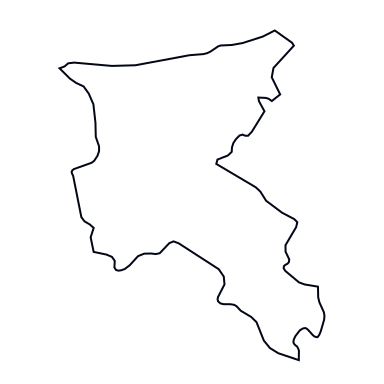 SVG path tracing the border of Ravenna, rotated 272°
{"feature_id": "ITA-5364", "entity_name": "Ravenna", "entity_type": "Province", "adm_level": 1, "iso_a3": "ITA", "parent_name": "Italy", "parent_adm1": "", "projection": "orthographic", "projection_center": [11.905, 44.374], "detail": "fine", "context": "isolated", "style": "outline", "palette": "ink", "viewbox_px": 384, "rotation_deg": 272, "n_neighbors": 0, "source": "natural_earth", "source_scale": "10m", "svg_char_len": 1791}
<svg xmlns="http://www.w3.org/2000/svg" viewBox="0 0 384 384"><g transform="rotate(272 192 192)"><path d="M311.0,55.3L313.0,60.2L316.3,63.8L317.2,69.7L315.2,107.5L316.7,131.1L328.6,184.6L330.2,198.5L331.3,202.4L333.0,205.6L338.3,212.8L339.4,215.3L340.3,226.6L342.6,237.3L349.8,257.3L356.3,269.1L344.7,286.7L341.8,288.7L318.8,269.1L309.4,267.7L292.6,276.7L285.7,268.6L287.8,265.4L288.6,262.7L288.7,255.0L285.0,255.8L275.2,261.6L254.3,249.7L250.2,246.1L250.1,243.2L251.1,240.5L250.1,237.5L246.4,234.1L242.3,231.6L238.0,230.4L233.5,230.3L229.7,226.5L225.3,216.3L220.9,215.3L198.9,255.6L194.8,260.3L185.8,266.4L174.4,282.8L168.5,295.1L165.5,298.3L160.5,297.3L142.1,287.3L135.6,287.6L128.1,291.5L125.3,291.3L123.6,289.9L122.5,287.9L121.1,286.4L118.8,286.3L116.3,288.1L105.4,302.1L103.5,308.0L101.8,321.2L91.1,321.8L86.1,323.2L76.4,328.0L72.9,328.7L69.0,328.5L57.1,325.5L53.5,324.1L51.3,322.5L51.4,320.8L52.1,319.1L53.3,317.6L58.1,313.0L59.3,311.6L60.0,310.1L59.5,307.6L57.5,304.6L51.5,300.3L47.9,298.8L45.2,298.6L43.6,299.5L42.4,300.7L41.4,302.3L39.2,303.6L37.2,304.4L27.7,304.6L33.9,283.8L38.8,275.3L46.0,269.0L64.2,261.0L69.2,255.5L75.0,244.9L79.4,240.5L80.7,238.1L81.2,234.1L81.0,227.2L81.7,224.2L83.6,221.9L85.7,221.3L88.0,221.7L100.8,227.7L108.6,226.7L115.8,221.4L140.3,180.4L142.0,175.3L140.1,171.1L129.7,161.9L128.7,158.0L129.1,153.2L128.7,146.3L126.0,140.3L116.6,132.3L112.7,127.5L111.4,124.3L110.8,121.3L111.4,118.8L113.9,117.1L120.5,117.2L124.4,114.2L126.5,108.6L128.7,95.8L143.2,92.3L152.7,95.0L156.0,91.0L158.9,85.6L163.0,82.3L203.8,72.7L206.6,71.3L208.0,71.0L209.5,71.7L210.8,73.2L217.7,90.6L219.7,93.1L224.7,96.2L229.5,97.7L234.4,97.5L243.8,93.9L257.8,93.1L276.2,90.4L286.7,85.4L293.7,80.0L297.0,72.3L301.0,66.1L311.0,55.3Z" fill="none" stroke="#020617" stroke-width="2"/></g></svg>